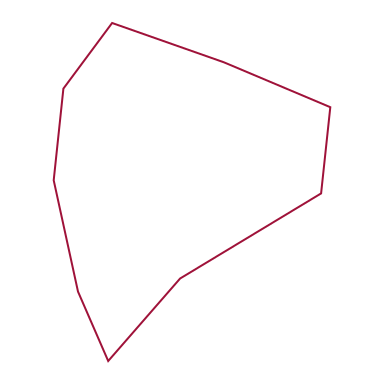 outline of Buada
{"feature_id": "NRU-4970", "entity_name": "Buada", "entity_type": "state/province", "adm_level": 1, "iso_a3": "NRU", "parent_name": "Nauru", "parent_adm1": "", "projection": "equal_earth", "projection_center": [166.925, -0.53], "detail": "fine", "context": "isolated", "style": "outline", "palette": "rose", "viewbox_px": 384, "rotation_deg": 0, "n_neighbors": 0, "source": "natural_earth", "source_scale": "10m", "svg_char_len": 241}
<svg xmlns="http://www.w3.org/2000/svg" viewBox="0 0 384 384"><path d="M330.3,107.2L321.1,193.4L180.1,278.5L108.2,361.0L78.0,291.6L53.7,180.3L63.4,88.6L112.1,23.0L223.9,62.3L330.3,107.2Z" fill="none" stroke="#9f1239" stroke-width="2"/></svg>